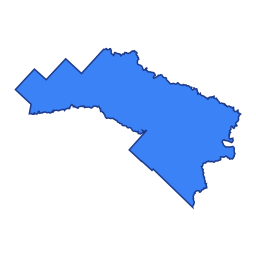 Roque Pérez, Buenos Aires, Argentina
{"feature_id": "61730980B72070825926911", "entity_name": "Roque Pérez", "entity_type": "district", "adm_level": 2, "iso_a3": "ARG", "parent_name": "Argentina", "parent_adm1": "Buenos Aires", "projection": "orthographic", "projection_center": [-59.27, -35.521], "detail": "fine", "context": "isolated", "style": "filled", "palette": "blue", "viewbox_px": 256, "rotation_deg": 0, "n_neighbors": 0, "source": "geoboundaries", "source_scale": "gbopen_adm2", "svg_char_len": 5881}
<svg xmlns="http://www.w3.org/2000/svg" viewBox="0 0 256 256"><path d="M192.8,207.4L192.6,206.0L193.7,204.7L193.7,203.5L194.2,203.1L194.3,202.4L193.2,199.1L193.6,198.5L193.2,197.5L193.3,195.8L193.9,195.0L193.9,194.2L194.2,193.8L195.1,193.2L194.6,192.5L196.9,190.6L199.2,190.9L199.4,192.0L200.0,192.2L201.1,191.3L201.3,190.4L201.8,189.9L203.0,189.7L203.3,189.1L204.0,188.8L204.1,188.0L204.9,188.4L205.4,188.0L205.8,188.1L206.7,187.8L206.5,187.5L206.7,186.2L206.1,185.6L206.4,183.8L205.9,184.0L205.2,183.5L205.0,182.9L205.2,182.4L205.1,181.1L204.5,179.1L204.4,177.1L203.6,176.8L203.6,175.7L203.0,174.2L203.6,173.5L203.7,172.9L203.4,172.1L203.0,171.8L203.0,171.2L202.5,170.3L203.0,170.0L203.2,169.4L202.4,168.7L201.8,167.7L201.8,166.8L201.6,166.6L202.4,166.3L202.4,165.9L202.8,165.1L203.2,163.2L205.5,163.0L205.9,162.8L206.1,162.0L207.3,161.4L207.9,161.7L208.6,161.1L208.9,161.1L209.2,161.5L210.3,161.7L211.3,161.7L211.8,161.3L213.5,162.1L214.6,162.0L214.7,161.4L215.8,160.8L217.0,161.0L218.0,160.9L218.6,160.2L219.9,160.2L220.7,159.5L220.8,158.9L220.5,158.5L220.5,157.0L221.3,157.1L221.9,156.8L223.7,157.3L226.0,156.1L227.1,156.6L227.3,157.3L227.9,157.8L228.9,157.9L229.2,158.6L229.8,159.2L230.8,158.6L232.4,159.0L233.1,158.3L233.5,157.1L234.0,156.8L234.3,156.1L234.0,155.5L235.0,153.5L234.3,152.5L234.0,150.4L234.3,149.6L234.2,148.3L233.8,147.3L232.8,146.5L230.2,147.0L225.5,146.9L223.5,145.0L222.8,143.0L222.2,142.2L222.2,141.7L222.7,140.5L224.1,139.7L224.8,140.4L227.9,140.9L231.7,142.6L232.5,141.8L233.1,140.6L232.8,138.2L231.8,138.6L231.1,138.5L230.3,139.2L229.2,138.4L229.0,136.4L229.4,135.9L229.4,135.4L228.9,135.0L229.8,133.9L229.4,133.3L229.4,132.7L229.8,132.5L230.4,132.6L230.6,132.4L229.7,131.3L229.6,130.8L229.7,130.5L230.9,129.6L230.9,127.1L231.2,126.5L231.7,126.3L232.3,126.4L233.0,127.9L233.9,128.4L234.5,127.6L234.8,126.2L235.2,125.8L236.7,126.0L237.0,125.6L235.8,124.1L235.7,123.2L236.1,122.6L237.8,121.3L237.8,120.8L238.5,120.0L238.6,119.3L238.4,117.5L238.6,116.5L239.1,116.0L239.1,115.3L240.6,114.1L239.5,113.3L237.9,112.8L237.7,112.4L238.1,111.5L237.8,110.8L238.0,110.2L237.7,110.2L236.3,111.5L235.5,111.4L234.8,111.6L233.4,110.1L233.9,109.2L233.3,108.5L233.6,107.4L233.3,107.3L232.7,107.9L232.2,108.0L231.8,107.2L230.3,106.9L229.2,106.1L228.0,106.2L227.5,106.7L226.5,106.3L226.3,105.7L224.4,104.9L224.4,104.4L225.0,104.3L224.6,103.9L223.5,103.5L222.4,103.5L221.7,103.1L220.4,103.4L219.5,103.0L219.3,102.1L218.3,101.2L217.4,99.7L216.6,99.2L216.5,98.3L215.0,98.5L213.6,97.7L213.5,97.2L214.1,96.7L214.0,96.2L213.4,96.6L211.8,96.9L211.4,97.5L210.7,97.0L209.9,97.4L209.2,97.3L208.8,97.7L208.5,98.8L207.6,99.1L207.4,99.0L207.4,98.2L205.9,97.7L204.1,96.3L201.3,95.3L200.8,94.8L200.3,93.4L199.7,94.2L198.5,93.8L197.8,94.1L197.6,93.6L198.1,92.6L197.3,92.0L197.4,91.2L196.7,88.8L195.7,89.1L194.9,88.8L194.3,88.0L193.9,88.0L194.1,89.0L192.5,89.9L191.2,88.6L191.3,88.0L191.8,87.6L191.7,87.3L190.0,87.2L189.2,86.2L188.0,85.7L186.9,86.0L186.2,85.0L185.6,85.2L183.3,84.5L182.8,85.3L180.3,84.8L178.3,83.4L178.0,82.8L177.5,82.9L176.9,83.5L175.8,84.2L173.7,83.4L170.8,83.8L170.0,83.6L169.3,82.5L168.6,82.1L168.5,81.6L166.8,80.2L166.3,79.0L166.4,78.2L165.6,77.7L163.7,77.5L162.8,76.7L161.9,75.1L160.5,74.7L159.6,75.4L158.4,75.2L158.0,75.6L157.8,76.5L156.8,76.7L154.0,78.3L153.6,78.2L153.4,77.3L153.7,76.5L155.3,75.2L155.1,74.4L154.3,73.7L154.1,73.0L153.4,72.9L152.9,72.4L151.8,72.5L150.6,71.9L148.2,71.9L147.9,71.3L146.8,70.6L146.6,70.0L146.0,69.5L146.2,68.8L146.9,68.3L146.7,68.0L146.2,68.1L145.6,68.6L145.4,69.0L145.5,69.9L144.8,70.0L144.3,69.8L143.5,70.2L142.8,69.2L142.9,68.7L141.8,66.2L140.5,65.3L138.0,64.5L137.3,62.7L137.5,60.6L138.1,59.7L138.7,59.3L138.4,57.9L138.3,57.5L137.6,57.3L137.6,56.1L136.2,54.6L136.3,53.8L136.9,53.3L136.7,52.3L134.8,51.8L134.6,51.4L134.8,51.0L134.5,50.7L133.8,50.9L133.0,51.4L132.7,51.0L132.1,51.1L130.7,52.2L130.3,52.9L129.3,53.0L128.2,53.5L126.7,53.1L126.5,52.7L124.8,52.5L124.5,52.8L124.2,54.2L123.8,54.3L122.7,54.0L120.8,55.8L120.4,55.2L120.2,54.2L118.8,53.7L117.8,53.7L115.0,52.5L114.4,52.9L113.7,55.6L113.4,55.5L112.9,54.6L112.1,54.2L111.0,52.9L111.4,51.0L110.9,50.0L110.8,49.2L110.3,48.7L109.6,48.8L109.2,49.5L108.8,49.6L107.2,49.7L106.5,48.6L105.7,48.9L104.8,49.5L103.6,49.3L81.5,73.5L65.7,58.8L46.2,79.7L34.4,69.1L15.4,89.6L31.1,104.3L29.3,113.8L31.1,113.6L32.0,114.1L33.7,114.3L34.0,114.0L34.0,113.2L34.3,112.9L34.5,112.9L34.9,113.9L37.0,114.0L38.0,113.2L38.2,111.8L38.9,111.2L39.2,111.4L38.7,112.7L39.8,113.3L41.2,112.8L42.2,113.0L43.1,112.3L43.8,112.3L44.6,112.0L45.9,112.2L47.0,112.7L49.2,112.4L49.9,113.0L51.0,112.8L52.9,110.8L52.9,111.6L52.7,112.1L52.9,112.7L53.0,112.1L53.5,111.6L53.1,111.3L53.4,110.5L57.2,110.3L58.6,110.8L60.8,109.9L63.4,109.4L63.9,109.4L64.5,110.5L65.7,109.1L67.7,108.3L68.2,108.6L69.6,108.5L70.0,107.0L71.2,105.1L71.9,104.5L73.2,106.1L73.3,106.8L74.0,106.7L74.5,106.2L74.8,107.0L75.8,107.0L76.3,107.5L77.9,108.2L78.3,107.9L78.4,107.2L79.4,106.6L80.0,106.6L80.4,106.2L82.3,106.5L83.1,105.9L84.3,106.2L84.4,106.6L84.2,107.3L84.6,107.6L85.5,107.3L89.1,107.0L91.0,108.0L91.7,107.9L92.8,107.1L93.3,106.4L94.1,106.1L96.1,106.2L97.4,107.0L98.5,106.2L99.3,107.3L99.8,108.4L100.6,108.8L100.3,109.6L100.7,111.5L101.9,111.4L102.5,112.2L103.5,112.7L103.6,113.4L105.1,115.4L105.0,115.9L105.3,116.8L106.5,118.3L108.5,117.9L110.8,118.5L113.0,118.3L113.7,119.0L115.1,119.6L115.5,120.1L117.0,120.6L117.4,121.8L119.3,122.7L119.8,123.4L120.7,123.5L122.0,124.1L122.1,125.1L122.6,125.5L126.0,125.8L126.8,126.9L128.1,127.9L129.3,127.4L131.0,128.1L132.5,130.5L133.9,131.3L135.0,131.1L136.4,131.8L138.1,131.5L138.0,133.0L138.3,133.4L138.6,133.3L139.1,133.7L139.7,133.5L140.2,133.9L140.3,133.6L141.5,133.5L142.3,132.8L143.5,132.3L143.5,131.8L142.7,130.5L144.7,131.5L145.7,130.8L145.8,130.4L146.4,130.7L129.2,149.9L141.3,161.2L141.5,160.9L152.0,170.4L153.2,169.1L192.8,207.4Z" fill="#3b82f6" stroke="#1e3a8a" stroke-width="1.5"/></svg>